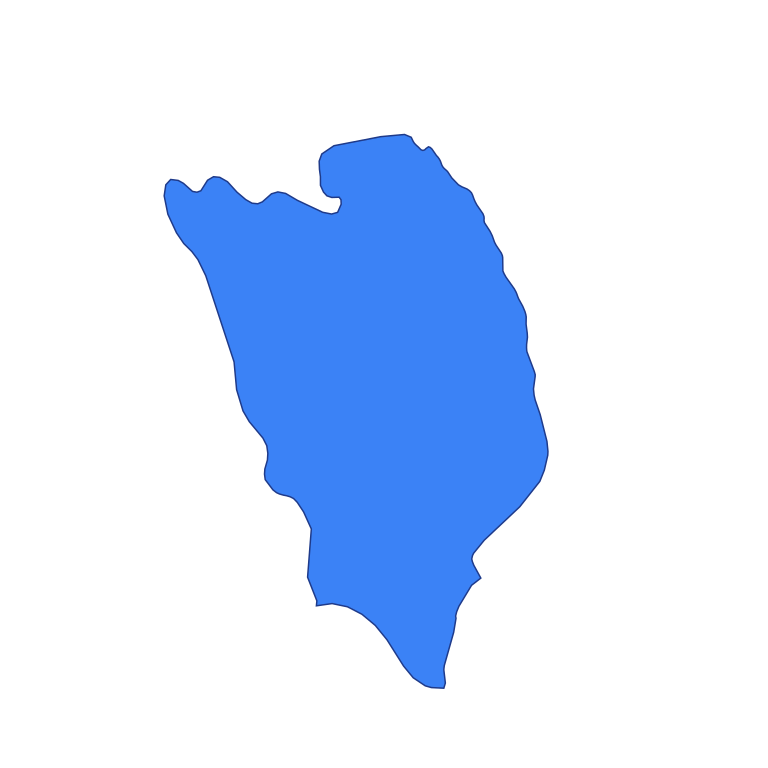 Amnat Charoen, Equal Earth projection, rotated 147°
{"feature_id": "THA-427", "entity_name": "Amnat Charoen", "entity_type": "Province", "adm_level": 1, "iso_a3": "THA", "parent_name": "Thailand", "parent_adm1": "", "projection": "equal_earth", "projection_center": [104.701, 15.883], "detail": "fine", "context": "isolated", "style": "filled", "palette": "blue", "viewbox_px": 768, "rotation_deg": 147, "n_neighbors": 0, "source": "natural_earth", "source_scale": "10m", "svg_char_len": 2220}
<svg xmlns="http://www.w3.org/2000/svg" viewBox="0 0 768 768"><g transform="rotate(147 384 384)"><path d="M499.5,96.3L509.6,103.6L513.8,108.4L519.5,121.7L521.2,136.8L520.8,167.9L522.8,186.3L527.9,202.9L536.0,217.1L547.1,228.1L561.5,234.8L558.4,238.7L553.3,263.6L523.9,302.0L521.1,320.5L521.2,332.0L522.2,337.2L524.1,340.5L526.6,343.4L528.8,345.5L531.6,348.7L533.3,351.4L534.8,355.7L535.7,368.5L533.3,373.5L530.2,377.6L523.2,383.7L519.2,389.1L515.9,396.1L515.0,404.6L517.5,425.8L516.9,438.2L510.7,459.5L497.7,484.2L474.5,571.9L472.3,589.7L473.0,599.7L475.4,610.8L475.7,623.8L472.8,644.1L465.9,661.5L458.5,669.9L451.5,671.7L445.7,666.8L442.9,661.5L439.7,649.8L436.4,646.7L432.3,645.8L421.0,651.0L414.1,650.7L409.2,646.8L405.1,638.9L402.8,624.9L399.5,613.9L396.2,607.5L391.7,603.9L386.8,603.0L374.8,604.8L368.4,602.9L362.7,597.4L356.6,585.2L341.9,561.4L335.4,555.1L329.4,553.2L322.0,558.1L319.7,562.0L319.9,565.1L326.2,568.9L329.4,572.9L330.2,577.9L329.1,585.2L324.4,592.5L321.2,599.2L317.0,606.2L310.9,610.8L296.2,611.1L252.0,593.2L230.9,582.1L226.8,576.1L227.4,571.5L227.4,569.3L226.9,566.8L226.2,564.2L225.4,560.3L224.2,558.7L222.4,558.2L220.5,558.6L217.5,558.7L216.4,557.2L215.8,554.9L215.6,547.1L215.2,544.9L215.1,542.5L215.3,540.2L216.3,536.0L216.4,533.8L216.1,531.8L215.5,529.8L215.0,527.7L214.9,519.9L213.1,510.5L211.2,506.8L208.2,502.4L207.0,499.5L206.5,496.8L206.8,494.3L207.8,490.1L208.3,487.2L208.6,483.5L208.3,472.9L208.9,470.1L209.8,468.4L211.0,466.8L211.9,464.6L211.9,454.2L212.5,449.3L214.1,442.6L214.4,439.3L214.3,430.0L214.8,427.2L215.6,425.4L222.7,414.1L223.2,411.3L223.5,407.1L222.9,392.9L223.2,389.2L223.6,387.0L224.2,384.6L224.7,382.0L225.3,373.7L226.3,368.1L227.2,365.1L228.2,362.8L232.2,356.9L236.2,348.6L238.2,345.1L242.8,339.6L244.7,336.8L246.0,334.5L246.6,333.1L251.1,312.7L252.1,309.5L253.2,307.9L261.3,298.5L264.2,292.9L265.9,288.3L269.7,273.2L278.6,247.1L283.2,238.2L285.5,235.0L296.5,224.4L306.3,217.5L337.0,207.1L385.0,198.4L400.9,193.3L403.1,192.0L405.7,189.5L406.6,186.9L407.4,183.1L408.5,168.5L420.2,167.5L442.2,156.8L447.1,153.4L450.3,150.4L451.2,148.3L460.8,137.8L486.7,115.1L488.9,112.5L489.6,111.5L495.4,99.8L499.5,96.3Z" fill="#3b82f6" stroke="#1e3a8a" stroke-width="1.5"/></g></svg>